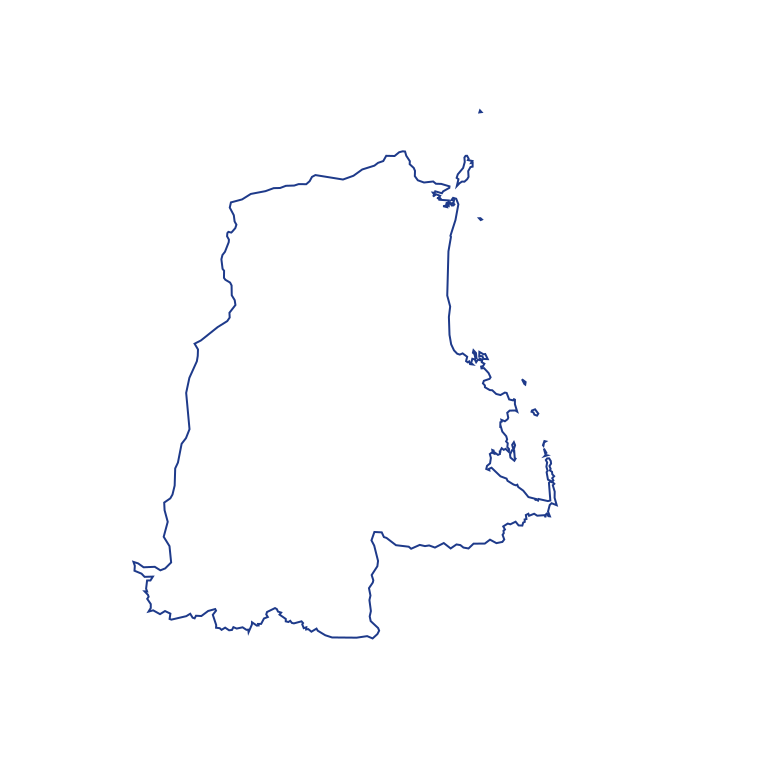 outline of Minahasa Tenggara, Sulawesi Utara, Indonesia, rotated 288°
{"feature_id": "22746128B38105670760260", "entity_name": "Minahasa Tenggara", "entity_type": "district", "adm_level": 2, "iso_a3": "IDN", "parent_name": "Indonesia", "parent_adm1": "Sulawesi Utara", "projection": "orthographic", "projection_center": [124.764, 0.982], "detail": "fine", "context": "isolated", "style": "outline", "palette": "blue", "viewbox_px": 768, "rotation_deg": 288, "n_neighbors": 0, "source": "geoboundaries", "source_scale": "gbopen_adm2", "svg_char_len": 6172}
<svg xmlns="http://www.w3.org/2000/svg" viewBox="0 0 768 768"><g transform="rotate(288 384 384)"><path d="M309.4,582.7L313.4,579.4L320.1,579.0L322.4,580.2L322.1,585.7L328.5,581.4L334.4,579.6L339.9,575.8L341.7,576.8L342.4,575.5L342.6,572.2L341.0,571.4L324.6,578.2L323.3,576.1L322.4,566.5L320.7,566.5L321.1,564.3L320.1,563.2L321.6,563.9L321.1,556.3L325.6,549.4L327.5,543.5L329.4,541.9L328.4,540.9L328.4,538.3L330.1,531.4L331.9,529.8L332.2,523.3L337.6,512.1L335.8,510.1L334.5,510.8L334.8,507.5L338.0,507.3L341.3,509.4L346.7,508.5L350.1,506.3L352.9,508.3L354.7,507.4L354.6,508.8L351.9,509.3L351.8,510.8L353.0,510.7L351.8,514.3L353.3,515.9L355.0,515.2L354.9,516.3L355.7,515.1L359.3,515.8L358.4,518.2L359.9,519.7L357.9,523.8L360.8,523.0L362.1,520.8L365.9,520.0L367.1,517.9L369.4,518.2L372.1,516.4L375.3,511.2L380.0,508.0L378.2,508.1L383.6,506.5L384.6,507.6L386.2,506.7L385.9,510.5L388.7,512.4L390.3,512.6L394.7,510.1L397.5,511.7L399.4,517.1L398.9,519.2L405.3,514.7L409.5,513.4L409.7,512.3L408.3,511.8L408.0,507.8L413.4,503.4L413.2,501.6L409.5,498.2L409.2,493.8L411.5,488.9L410.9,486.5L412.1,481.0L413.8,480.4L415.2,477.9L417.9,478.0L421.5,482.8L423.3,483.3L426.8,480.0L430.0,474.2L429.0,471.9L430.6,471.0L431.7,472.7L434.3,473.2L434.9,470.3L437.4,470.0L437.8,467.3L436.3,468.3L436.2,465.8L433.2,464.9L435.4,462.8L435.3,460.2L430.9,460.4L430.0,462.4L429.5,459.7L431.8,458.0L430.5,456.9L431.1,455.0L435.6,454.7L437.4,449.3L435.4,447.0L435.4,444.3L437.6,440.2L442.5,435.6L451.0,431.1L467.8,425.0L478.1,423.0L487.7,416.8L530.1,404.3L544.7,402.2L545.4,401.4L562.0,401.3L577.9,399.2L582.5,395.4L582.4,392.2L579.8,391.3L580.4,393.8L577.2,394.2L576.6,395.4L575.3,394.9L574.8,393.4L576.7,392.5L575.5,391.6L576.9,390.7L574.7,389.5L573.4,390.3L573.5,388.5L571.7,389.5L571.4,385.3L572.8,387.8L575.5,387.6L576.7,389.3L578.6,388.9L576.3,379.6L577.3,378.9L577.3,376.9L578.2,379.8L578.9,378.7L580.3,379.2L580.5,375.0L577.5,372.8L579.7,373.2L581.1,371.3L581.6,373.2L583.1,373.2L583.3,380.1L585.5,380.7L590.7,385.5L592.2,385.2L592.0,376.6L590.5,371.5L591.8,368.2L588.0,359.8L588.2,353.2L591.2,349.1L596.3,347.6L598.7,345.5L601.0,340.5L603.9,339.7L608.0,334.6L611.6,332.2L611.1,329.9L609.1,326.8L604.1,323.6L601.7,315.6L595.8,314.4L592.5,310.0L588.7,307.4L581.3,297.0L572.6,290.6L565.8,281.8L561.5,254.2L558.7,251.5L553.9,250.6L550.0,248.3L547.7,241.0L545.0,237.3L542.2,229.5L538.3,224.6L536.2,218.6L530.8,211.7L523.6,198.6L515.7,192.0L509.4,182.3L504.1,182.8L498.1,189.0L492.4,191.7L489.9,194.4L486.3,194.4L481.8,192.5L480.8,191.9L480.6,189.0L479.1,188.4L476.0,189.1L473.4,191.9L470.9,192.5L460.6,191.9L456.8,190.5L452.4,190.8L443.6,194.9L442.3,196.9L435.5,199.0L434.1,200.9L432.9,206.3L430.6,208.6L421.3,211.8L417.6,216.1L413.2,218.3L404.0,215.0L399.5,216.7L395.4,215.5L386.7,208.2L368.8,196.4L363.8,191.4L359.4,196.4L353.1,198.2L347.8,199.0L329.7,197.0L314.4,198.6L280.9,213.0L271.3,212.4L264.6,210.0L245.6,212.3L239.2,211.5L222.7,216.3L213.5,217.0L209.2,216.1L203.3,211.6L196.2,214.3L186.1,220.9L170.6,221.7L163.5,230.1L148.5,236.7L141.0,232.9L137.7,228.9L139.3,222.5L135.4,212.0L137.4,205.6L137.4,200.7L134.1,203.2L129.3,204.4L128.7,212.0L126.6,215.9L129.4,223.7L125.0,222.6L123.9,219.4L115.8,221.0L113.5,222.8L112.8,220.4L110.5,224.7L108.9,225.9L106.5,225.2L102.6,230.2L98.9,231.4L94.8,230.4L97.4,234.4L95.9,242.1L100.4,245.9L99.6,251.8L94.3,252.7L94.2,254.6L102.1,267.7L105.6,270.7L102.6,274.2L102.6,276.3L105.5,276.8L106.9,282.0L113.8,286.9L117.8,293.0L116.5,294.3L111.6,292.5L102.9,298.9L100.3,299.6L101.0,303.2L100.0,305.5L103.2,308.2L101.9,312.8L103.1,315.4L106.2,315.9L105.9,319.5L108.9,324.7L107.7,329.1L108.4,330.8L106.1,331.9L114.4,332.7L116.6,332.1L114.9,337.7L115.6,339.3L116.9,338.4L117.9,341.3L123.9,342.3L126.5,345.5L128.5,343.2L131.0,343.2L137.2,349.6L136.8,351.6L134.8,353.5L134.8,356.8L132.4,355.9L130.2,363.2L127.9,363.9L128.1,366.6L129.8,368.0L128.3,370.2L128.5,372.3L132.8,378.9L131.6,380.9L130.2,380.5L127.0,383.1L128.6,385.3L126.5,385.8L127.5,387.7L126.0,391.5L130.5,395.4L128.9,397.2L126.9,405.8L126.9,412.9L134.3,436.4L139.0,445.9L138.5,451.8L144.1,455.0L147.9,455.6L150.1,453.8L154.4,444.6L158.6,442.2L164.0,441.7L174.0,436.9L178.6,436.5L185.2,432.8L191.7,434.7L194.0,434.5L198.5,431.3L208.6,434.0L213.9,433.0L227.3,424.6L231.4,420.4L240.3,420.6L242.2,427.7L238.4,431.2L238.4,433.9L234.4,445.2L236.9,457.8L235.7,460.7L242.0,467.7L242.5,473.1L244.4,476.8L244.2,483.0L251.2,490.0L248.2,498.2L253.8,502.5L254.4,506.4L253.0,510.1L253.7,515.2L259.8,518.5L263.4,529.2L268.7,532.9L267.4,540.1L270.4,545.4L273.3,546.4L277.2,543.4L279.1,544.0L281.4,543.0L283.0,544.0L285.4,541.4L289.5,544.8L289.6,547.5L293.7,551.7L291.1,555.7L292.1,559.3L295.2,559.2L296.4,560.5L298.6,559.6L299.6,561.2L303.2,559.4L305.2,561.4L303.5,562.7L307.0,566.9L306.1,570.4L308.8,577.1L307.2,578.9L309.5,578.0L310.9,578.8L309.1,581.2L309.4,582.7ZM606.2,389.4L602.5,389.4L601.8,391.5L594.7,392.1L598.3,393.8L600.6,395.6L601.3,398.0L604.4,399.8L607.1,400.4L612.5,398.3L617.0,399.2L618.1,401.1L621.9,399.9L621.2,398.6L623.4,399.1L622.9,394.6L624.4,394.9L626.7,392.5L626.2,391.1L624.2,390.5L620.1,392.2L613.9,392.5L606.2,389.4ZM363.7,562.2L361.7,561.4L359.8,563.4L355.5,564.0L352.0,566.4L350.4,565.9L343.7,569.5L343.2,574.1L344.6,574.9L346.4,573.1L348.9,574.3L350.1,572.0L352.4,570.9L353.1,568.5L354.8,568.7L357.1,566.7L359.9,567.5L362.3,566.4L364.3,564.0L363.7,562.2ZM360.4,526.1L355.7,525.7L353.1,527.0L351.3,531.7L353.7,532.2L354.0,531.2L360.9,528.4L360.4,526.1ZM444.0,464.8L440.1,465.9L440.8,468.9L438.6,471.0L439.7,475.0L443.8,471.0L443.0,469.5L444.0,464.8ZM406.6,535.5L404.5,532.9L403.2,532.9L403.1,534.9L401.3,536.5L401.2,539.3L403.5,539.9L406.6,535.5ZM443.7,458.7L441.2,458.9L440.4,460.8L436.4,463.2L437.2,463.9L441.9,461.9L443.7,458.7ZM368.8,525.5L365.7,524.7L361.2,527.6L366.3,527.6L368.8,525.5ZM427.1,518.5L429.6,518.1L431.1,513.8L427.4,517.5L427.1,518.5ZM368.7,559.7L372.0,556.0L367.6,558.9L368.7,559.7ZM570.7,426.3L571.5,424.5L571.0,423.2L569.8,425.3L570.7,426.3ZM673.8,390.8L671.8,390.8L672.7,392.7L673.8,390.8ZM379.3,554.2L374.9,554.1L374.5,554.7L377.9,554.3L379.4,555.6L379.3,554.2ZM366.5,559.7L365.0,559.0L366.6,561.3L366.5,559.7Z" fill="none" stroke="#1e3a8a" stroke-width="2"/></g></svg>